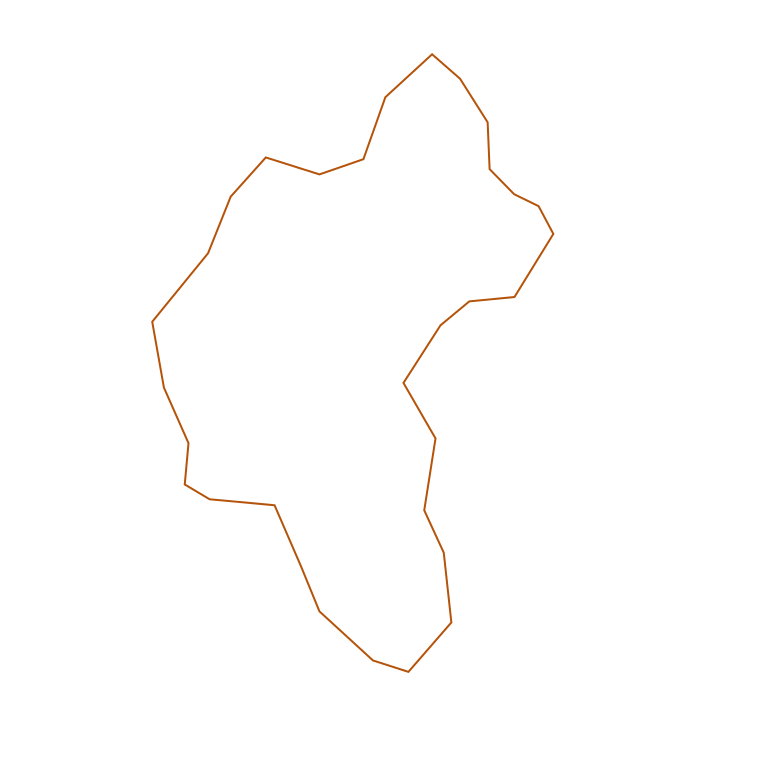 outline of Selebi-Phikwe, rotated 150°
{"feature_id": "BWA-5504", "entity_name": "Selebi-Phikwe", "entity_type": "Town", "adm_level": 1, "iso_a3": "BWA", "parent_name": "Botswana", "parent_adm1": "", "projection": "robinson", "projection_center": [27.845, -21.959], "detail": "fine", "context": "isolated", "style": "outline", "palette": "amber", "viewbox_px": 768, "rotation_deg": 150, "n_neighbors": 0, "source": "natural_earth", "source_scale": "10m", "svg_char_len": 550}
<svg xmlns="http://www.w3.org/2000/svg" viewBox="0 0 768 768"><g transform="rotate(150 384 384)"><path d="M506.8,122.5L531.8,150.1L553.6,219.3L547.1,267.1L539.4,333.7L592.7,371.4L606.8,396.6L582.9,430.5L576.4,490.9L553.6,553.8L471.0,585.2L423.1,622.9L373.1,639.3L335.1,597.8L289.4,589.0L239.4,631.7L177.5,645.5L165.5,610.3L163.4,558.8L185.1,517.3L176.4,483.3L161.2,460.7L162.3,429.3L227.5,394.1L268.8,412.9L305.7,406.6L366.6,375.2L366.6,311.1L412.3,254.5L416.6,208.0L444.9,143.8L506.8,122.5Z" fill="none" stroke="#b45309" stroke-width="2"/></g></svg>